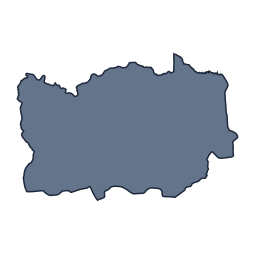 outline of Svay Leu, Siemréab, Cambodia, rotated 267°
{"feature_id": "14789045B56730119052608", "entity_name": "Svay Leu", "entity_type": "district", "adm_level": 2, "iso_a3": "KHM", "parent_name": "Cambodia", "parent_adm1": "Siemréab", "projection": "orthographic", "projection_center": [104.313, 13.682], "detail": "fine", "context": "isolated", "style": "filled", "palette": "slate", "viewbox_px": 256, "rotation_deg": 267, "n_neighbors": 0, "source": "geoboundaries", "source_scale": "gbopen_adm2", "svg_char_len": 5797}
<svg xmlns="http://www.w3.org/2000/svg" viewBox="0 0 256 256"><g transform="rotate(267 128 128)"><path d="M186.7,28.8L185.8,29.1L185.3,30.1L184.4,30.6L183.7,30.4L183.4,29.8L183.6,29.0L183.0,28.2L183.0,27.2L181.1,24.8L181.1,24.4L180.9,23.8L179.5,23.2L178.7,23.2L178.1,22.7L177.5,22.0L175.8,20.8L175.3,20.2L174.6,19.9L173.1,20.4L172.2,20.0L170.7,20.6L169.9,20.7L169.3,20.4L168.6,20.3L167.7,20.5L166.7,20.9L165.7,20.0L163.6,19.4L163.2,19.0L162.9,19.0L162.1,19.7L161.2,20.2L159.9,21.8L159.5,22.8L159.1,23.3L158.4,23.4L156.8,22.9L155.4,22.1L153.3,21.5L147.3,22.1L144.8,22.8L143.8,22.4L142.2,22.6L141.7,22.5L139.8,21.5L138.9,21.2L138.2,21.3L137.4,20.7L136.9,20.9L134.5,21.5L133.8,21.2L133.3,21.4L131.6,22.4L130.6,23.7L130.4,23.7L128.4,22.0L127.2,21.5L126.2,21.5L124.6,22.2L123.3,22.9L122.0,24.1L120.2,25.1L119.2,26.1L119.0,26.7L118.1,27.6L116.0,28.4L114.5,29.3L113.5,29.6L113.1,30.7L112.4,31.1L111.2,31.2L109.6,33.1L108.7,33.1L106.8,32.1L103.1,31.7L101.6,31.4L98.4,29.6L97.6,27.5L96.1,26.1L94.8,25.2L93.7,24.0L90.9,22.7L87.5,21.8L85.9,21.7L85.1,21.3L83.6,20.9L78.2,21.4L73.4,22.2L72.6,22.7L70.6,23.2L69.8,23.5L69.5,27.0L69.5,29.7L69.9,39.1L69.5,40.5L67.9,41.7L66.9,42.9L65.7,44.6L64.9,46.2L64.7,47.8L65.0,53.7L65.5,55.3L68.2,59.0L68.6,60.1L68.6,64.9L67.8,66.3L66.8,67.4L66.8,68.3L69.3,77.4L70.2,84.1L71.5,86.3L71.6,87.0L70.5,87.4L68.9,88.2L66.0,89.2L61.7,91.3L58.6,92.9L57.5,93.9L58.6,96.2L58.5,97.1L58.9,97.7L59.6,99.8L60.2,100.8L60.9,101.1L65.0,101.1L65.7,101.3L66.1,101.7L66.9,103.8L67.7,105.4L69.6,107.6L70.1,108.5L70.5,110.1L70.5,112.1L70.0,116.9L69.7,117.9L69.1,119.7L66.4,123.8L64.1,126.6L62.9,128.2L62.1,129.8L62.0,130.3L62.0,139.0L62.2,140.4L62.5,140.9L65.2,143.6L66.3,145.6L66.9,147.0L67.0,148.0L66.6,151.2L66.0,155.3L65.5,156.6L64.8,157.5L63.3,158.4L62.8,158.6L59.2,158.7L58.2,159.1L57.6,160.6L57.2,165.8L56.4,171.1L56.5,171.6L62.9,181.3L65.0,182.3L65.6,182.9L65.9,183.5L66.1,185.6L66.7,187.6L67.4,188.4L69.1,189.1L70.3,192.2L70.9,195.1L71.9,196.5L72.7,197.2L72.9,197.7L73.3,198.0L73.6,198.6L73.9,199.5L74.0,200.7L73.8,201.9L73.9,202.7L75.1,203.4L76.3,204.4L76.9,204.4L77.1,204.1L77.2,203.6L77.7,203.4L79.0,204.4L79.6,204.7L81.2,205.0L82.0,205.7L82.8,206.2L84.0,205.7L84.6,205.5L90.0,206.2L90.8,206.0L91.9,205.1L92.4,205.0L96.4,207.3L99.3,209.6L99.7,210.1L99.7,210.6L99.4,211.3L98.8,211.9L94.1,216.2L93.5,217.0L93.0,218.5L92.9,220.5L93.6,229.8L93.9,230.9L94.6,231.5L95.5,231.9L98.5,231.6L102.0,232.0L103.7,232.0L105.0,232.1L107.4,231.8L108.5,231.9L109.5,232.7L112.2,236.4L113.3,237.0L114.2,237.0L116.0,236.2L117.6,234.6L118.8,232.6L120.2,229.8L120.4,229.0L124.0,227.6L135.5,227.5L138.4,226.9L147.3,226.8L149.9,226.6L158.4,226.6L159.6,227.0L163.1,229.1L165.1,230.0L166.1,230.0L168.4,229.3L170.4,228.3L175.2,225.7L176.7,224.3L176.9,223.3L176.6,222.7L176.2,222.5L177.1,220.9L176.8,220.5L176.9,220.1L177.6,219.7L178.2,219.8L177.6,219.3L178.2,218.6L178.2,218.2L177.9,217.9L177.5,217.1L177.6,216.9L178.2,216.7L177.9,216.0L178.7,215.6L178.9,214.2L180.3,212.5L180.6,211.8L180.5,211.5L180.2,211.4L179.1,211.8L178.8,211.5L178.9,211.2L179.6,211.1L179.9,210.8L180.0,210.0L179.5,209.3L179.2,209.3L179.1,209.2L179.2,208.9L179.5,208.8L179.7,208.5L179.5,208.1L179.0,208.3L178.7,208.3L178.7,208.0L179.1,207.7L179.0,207.3L178.7,207.1L178.5,206.3L178.8,206.1L178.6,205.6L178.7,205.4L179.4,205.0L178.9,204.5L179.2,204.0L179.1,202.7L179.6,202.3L179.2,201.9L179.4,200.9L179.8,199.6L180.2,199.2L180.6,199.1L180.6,198.6L181.1,198.2L181.1,197.7L181.5,197.3L183.5,196.5L183.5,195.8L183.7,195.5L184.4,195.3L184.6,194.7L185.2,194.3L185.5,193.7L186.5,193.4L187.9,192.2L188.2,190.3L188.7,189.2L189.1,187.0L190.5,186.8L190.8,186.3L191.2,186.1L192.1,185.9L192.6,186.1L192.9,186.1L194.8,185.3L195.1,185.0L195.0,184.8L196.1,184.2L196.3,183.7L196.2,183.4L196.5,182.9L197.2,182.5L197.9,180.9L198.7,180.1L199.0,179.2L199.2,178.2L199.6,177.7L195.9,177.4L191.4,177.4L181.8,176.6L181.6,176.0L181.0,175.0L180.7,173.9L180.7,173.3L182.0,172.6L182.3,172.2L182.3,171.6L181.5,170.1L181.0,169.8L180.4,168.8L180.2,167.9L180.6,167.1L180.1,166.7L180.3,166.1L180.1,165.7L179.9,165.7L179.6,165.4L179.5,164.5L178.8,162.8L179.1,162.1L178.9,160.4L179.7,159.8L179.9,159.1L180.2,159.0L180.1,158.2L180.9,157.6L181.7,156.7L182.2,156.5L183.2,156.5L184.7,156.0L185.1,155.9L185.5,155.3L186.2,155.1L186.4,154.7L187.2,154.3L187.2,154.1L187.4,153.7L187.5,153.1L187.1,152.5L187.2,152.0L187.8,150.5L188.0,149.5L187.6,148.8L187.5,147.9L188.0,146.8L188.4,146.7L188.8,146.3L189.0,145.7L188.7,145.0L188.8,144.8L189.4,144.5L189.6,144.1L189.7,143.5L190.9,140.8L191.7,140.0L192.7,139.3L193.1,138.7L193.2,133.0L192.9,132.7L190.0,130.8L189.1,129.8L188.6,128.7L188.4,127.3L188.5,125.7L188.8,124.7L189.6,123.2L190.1,121.2L189.8,120.5L189.2,120.0L189.0,118.1L188.5,116.4L188.7,115.4L188.6,112.9L187.1,110.4L186.8,109.9L186.8,108.8L186.2,107.9L184.6,106.6L183.7,106.2L182.5,105.0L182.0,104.1L181.8,102.8L181.4,102.4L181.0,101.2L182.2,99.4L182.9,98.8L183.6,97.4L183.6,95.7L183.3,95.0L182.5,94.2L181.0,93.6L179.3,93.1L178.1,92.3L176.9,91.2L175.8,89.9L175.1,87.7L174.9,84.5L174.7,84.1L174.0,83.3L173.6,81.5L173.1,80.8L172.8,80.0L171.9,78.8L171.5,78.6L171.1,78.6L169.1,79.3L168.7,79.3L168.0,78.9L166.1,79.6L164.4,79.8L163.5,79.5L162.9,78.9L162.4,77.7L162.3,76.9L162.4,76.5L162.9,75.8L165.1,73.8L165.7,72.8L166.2,71.2L165.9,68.6L166.2,67.7L166.9,67.3L169.4,68.1L170.0,67.9L171.2,65.6L171.3,64.7L171.0,63.5L171.5,62.4L174.0,61.7L174.3,60.9L174.1,60.3L174.3,59.5L176.0,58.1L176.7,57.8L175.9,57.0L174.2,56.2L174.2,55.9L174.9,52.9L175.9,51.0L176.5,49.1L177.1,47.9L178.1,46.7L179.2,46.8L181.8,47.5L183.9,47.7L184.4,47.5L184.6,47.1L184.8,46.7L184.6,45.9L184.2,45.3L180.9,42.7L180.6,41.7L180.8,40.5L181.4,39.6L182.4,38.8L185.6,36.8L186.1,36.3L186.4,35.8L186.7,34.7L186.8,33.5L187.8,30.1L187.7,29.6L187.4,29.0L186.7,28.8Z" fill="#64748b" stroke="#1e293b" stroke-width="1.5"/></g></svg>